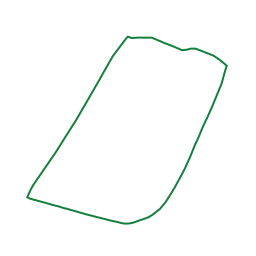 Reduit Park, Gros Islet, Saint Lucia (Natural Earth projection), rotated 196°
{"feature_id": "8701671B38188499976025", "entity_name": "Reduit Park", "entity_type": "district", "adm_level": 2, "iso_a3": "LCA", "parent_name": "Saint Lucia", "parent_adm1": "Gros Islet", "projection": "natural_earth1", "projection_center": [-60.956, 14.066], "detail": "fine", "context": "isolated", "style": "outline", "palette": "green", "viewbox_px": 256, "rotation_deg": 196, "n_neighbors": 0, "source": "geoboundaries", "source_scale": "gbopen_adm2", "svg_char_len": 1204}
<svg xmlns="http://www.w3.org/2000/svg" viewBox="0 0 256 256"><g transform="rotate(196 128 128)"><path d="M83.6,47.1L83.4,48.3L80.6,51.2L78.5,54.2L75.8,58.0L77.9,55.0L75.0,59.0L72.7,64.2L71.7,66.4L69.9,72.2L67.6,80.4L66.7,83.8L64.5,93.7L62.9,101.0L62.7,102.3L62.1,105.0L61.6,108.7L61.0,112.6L60.3,117.4L59.0,130.0L57.9,136.7L57.5,139.6L56.5,149.0L56.1,151.5L55.6,154.4L54.5,161.2L53.9,165.6L53.0,172.1L50.3,195.9L50.3,199.7L50.4,207.7L50.3,215.1L56.9,218.1L65.6,221.1L84.7,222.9L89.3,221.7L93.0,219.5L97.5,217.7L105.9,218.8L117.9,219.9L129.9,221.4L143.1,217.7L149.5,215.4L152.4,215.9L153.7,215.3L155.9,209.8L162.4,192.9L167.3,172.9L168.0,169.7L170.0,161.5L180.0,121.5L185.0,104.6L186.5,99.4L191.0,84.0L203.3,47.3L204.9,40.2L205.7,33.6L202.2,33.1L198.0,33.1L197.2,33.2L191.2,33.2L190.0,33.3L179.7,33.3L172.8,33.5L166.6,33.3L166.0,33.5L163.8,33.5L159.5,33.5L152.7,33.5L150.6,33.5L144.4,33.5L137.8,33.7L133.3,33.8L124.3,34.1L121.5,34.2L120.8,34.2L119.3,34.2L118.6,34.3L116.9,34.4L115.2,34.5L112.5,34.7L109.3,34.8L106.7,34.9L105.0,35.2L103.8,35.5L102.5,35.9L100.8,36.5L99.4,37.1L97.3,38.2L95.1,39.7L92.7,41.5L87.2,45.3L85.1,46.9L83.8,47.8L83.6,47.1Z" fill="none" stroke="#15803d" stroke-width="2"/></g></svg>